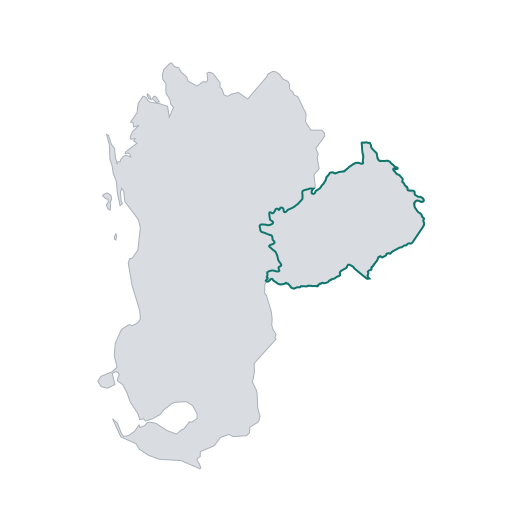 Venezuela, with Amazonas highlighted, rotated 262°
{"feature_id": "VEN-38", "entity_name": "Amazonas", "entity_type": "State", "adm_level": 1, "iso_a3": "VEN", "parent_name": "Venezuela", "parent_adm1": "", "projection": "albers", "projection_center": [-66.172, 3.421], "detail": "fine", "context": "in_parent", "style": "outline", "palette": "teal", "viewbox_px": 512, "rotation_deg": 262, "n_neighbors": 0, "source": "natural_earth", "source_scale": "10m", "svg_char_len": 9752}
<svg xmlns="http://www.w3.org/2000/svg" viewBox="0 0 512 512"><g transform="rotate(262 256 256)"><path d="M453.4,190.6L459.0,197.9L458.5,199.6L455.1,201.4L453.1,205.6L448.7,207.4L442.6,212.4L438.7,212.9L432.5,221.3L436.0,227.8L435.2,231.1L436.7,232.7L443.8,232.9L444.5,234.6L443.7,237.3L442.4,239.1L432.7,244.5L428.0,243.9L426.1,245.6L419.9,246.8L418.1,250.0L419.7,254.3L420.4,261.3L412.6,269.6L432.2,291.8L434.4,292.9L436.4,298.1L435.7,301.2L432.3,304.8L427.4,307.4L424.5,312.0L421.5,313.0L416.1,312.6L413.5,315.2L410.2,316.1L407.9,319.6L389.9,325.4L382.1,323.7L373.0,327.9L371.5,338.4L368.7,340.8L365.3,340.8L354.2,330.2L348.5,331.8L344.7,330.3L333.6,330.7L328.4,324.7L316.8,324.4L312.4,320.3L310.4,320.3L309.5,321.6L314.0,328.3L327.6,341.1L327.7,352.6L334.0,368.8L332.9,373.9L336.6,375.4L352.8,376.6L352.6,382.3L350.5,384.9L347.3,385.4L339.0,389.8L334.1,391.2L330.9,400.6L328.2,403.3L325.2,405.6L319.7,405.7L312.3,411.7L309.7,411.6L303.4,414.6L293.3,423.4L289.9,428.7L287.4,428.8L288.3,424.1L287.0,421.6L284.7,420.3L282.4,420.1L279.6,421.3L272.1,425.9L264.8,426.9L260.9,424.8L247.4,412.6L247.2,408.6L244.0,398.8L237.2,380.8L237.3,377.3L226.6,368.3L225.0,365.1L220.6,363.9L217.8,365.1L218.5,362.1L233.1,349.1L234.3,346.3L228.7,338.0L225.6,335.6L223.8,332.7L220.1,322.6L219.2,314.8L218.0,313.3L219.6,294.3L218.9,290.2L220.0,287.0L222.9,284.8L224.5,281.5L224.8,276.9L226.5,273.2L229.5,270.2L230.6,267.4L229.3,262.7L226.7,260.8L218.0,259.4L215.6,260.8L199.5,263.3L191.6,263.3L185.5,262.0L180.9,262.5L175.6,265.0L172.9,263.5L170.8,264.2L149.8,239.1L142.0,238.5L131.5,234.9L123.2,237.7L119.7,238.0L104.9,236.5L96.8,237.7L93.3,236.4L91.0,234.5L87.4,226.2L81.7,224.8L79.4,221.5L80.3,208.2L83.0,204.5L82.0,198.5L81.3,195.6L73.9,188.2L70.0,173.7L65.1,172.8L63.7,169.7L62.2,169.1L58.1,171.0L53.8,171.8L53.0,171.0L63.9,153.1L68.1,132.1L73.6,121.8L80.9,113.5L86.9,111.0L95.6,97.0L114.8,91.3L109.7,95.5L98.3,98.2L95.7,99.9L95.9,104.6L99.2,111.3L105.0,116.6L102.3,117.2L103.5,122.0L106.2,125.3L106.3,127.3L104.2,133.7L95.4,143.8L90.7,152.5L94.2,157.8L94.7,160.4L101.1,167.0L100.5,169.6L103.3,175.0L107.8,175.7L116.7,172.4L121.4,166.8L122.4,156.0L121.6,152.2L116.2,142.8L112.5,139.2L109.3,131.1L107.9,123.7L110.4,122.0L110.1,118.2L116.3,117.1L129.6,110.9L137.8,109.4L147.2,106.1L151.3,101.7L152.7,101.4L157.6,104.0L160.0,103.1L161.0,101.1L159.7,97.2L148.4,98.5L145.7,90.7L148.2,84.4L154.2,82.0L158.4,85.7L161.3,97.1L165.2,102.9L177.1,101.8L189.2,104.5L202.1,112.6L205.8,121.0L204.3,123.2L205.1,126.8L207.0,130.4L209.8,132.7L217.8,133.3L244.2,129.2L266.5,128.5L270.7,130.3L271.2,133.3L278.3,139.8L300.0,145.4L308.3,144.6L328.1,133.7L338.8,134.0L341.8,132.3L337.9,130.7L329.0,130.1L326.4,131.2L324.8,128.4L337.5,127.5L348.8,128.1L358.0,126.1L365.3,126.1L372.6,124.8L386.4,126.3L397.2,125.0L396.0,126.8L386.7,128.3L382.3,130.9L372.9,130.4L366.3,131.4L368.4,132.1L368.4,134.8L370.3,135.4L373.1,138.6L373.9,141.4L371.5,145.7L374.2,145.2L375.7,143.8L375.7,140.8L377.2,141.3L384.2,153.8L387.1,150.8L389.2,152.6L389.1,147.9L391.4,148.0L396.5,151.2L401.7,158.3L400.8,152.8L405.0,152.7L406.1,150.4L414.5,158.2L423.4,160.5L430.0,166.3L428.6,169.2L424.7,170.7L423.1,172.6L420.2,181.9L416.5,189.3L405.4,189.4L414.8,195.0L418.1,192.7L422.9,192.5L429.9,189.5L439.5,190.8L443.7,188.3L448.9,188.6L453.4,190.6ZM338.2,113.5L339.2,117.4L336.2,120.8L332.1,120.9L328.9,118.7L327.2,119.2L321.7,118.0L323.3,115.9L327.3,114.9L330.4,117.3L332.9,117.4L333.5,115.4L336.9,112.4L338.2,113.5ZM428.0,178.7L422.1,181.8L421.8,178.8L426.4,175.1L428.4,177.3L428.0,178.7ZM297.4,120.3L295.8,121.0L291.4,119.4L292.3,118.3L294.7,118.3L297.4,120.3ZM429.2,173.0L425.6,174.0L426.6,171.8L430.4,170.6L431.7,171.0L429.2,173.0Z" fill="#d9dde1" stroke="#a8b0b8" stroke-width="1"/><path d="M314.7,322.3L314.3,321.7L313.1,320.6L311.7,319.9L310.3,320.0L309.9,320.4L309.7,321.0L309.6,321.6L309.7,322.2L310.0,322.9L310.6,323.3L311.8,323.9L312.3,324.4L312.9,326.1L314.2,328.7L314.8,329.4L316.2,330.5L316.9,331.2L318.2,333.0L321.1,335.3L322.3,336.0L323.8,336.5L324.5,336.9L326.2,339.1L327.5,340.2L328.1,340.8L328.3,341.6L328.3,343.3L328.1,343.8L327.2,344.9L326.9,345.4L326.8,346.2L327.6,350.0L327.7,351.2L327.5,353.8L327.5,355.1L328.1,356.1L329.0,357.3L330.1,359.2L331.1,360.4L333.4,364.9L333.9,366.6L334.4,367.5L334.2,368.5L334.1,370.2L333.9,370.8L332.8,372.9L332.6,373.6L332.6,374.3L332.9,374.8L333.3,375.1L334.0,374.9L335.8,375.1L339.4,376.1L341.4,376.1L343.3,375.8L347.2,375.9L349.1,376.2L352.9,376.3L353.5,376.5L353.6,376.9L353.3,378.0L353.3,378.5L353.3,380.5L353.3,381.0L352.4,382.8L352.3,383.3L352.4,383.9L352.1,384.5L351.2,384.9L349.1,385.3L348.0,385.2L347.6,385.2L345.9,386.0L341.5,389.5L340.9,389.8L340.3,389.9L336.7,389.9L335.6,390.0L334.5,390.4L333.2,391.3L332.7,392.3L332.5,394.9L332.1,396.8L332.2,398.6L331.9,399.8L331.6,400.5L331.1,401.2L330.5,401.9L329.0,402.7L327.4,404.3L325.3,405.8L324.7,406.5L324.1,407.7L323.7,408.3L323.2,408.5L322.6,408.2L322.5,407.5L322.6,406.7L322.7,406.2L323.4,404.9L323.4,404.3L322.7,403.9L322.0,404.0L321.3,404.4L320.0,405.4L318.4,406.2L317.7,406.7L317.1,407.4L316.5,408.8L316.1,409.3L312.3,411.9L311.7,412.0L311.1,411.9L309.6,411.2L309.0,411.2L307.3,412.7L305.5,413.1L305.2,413.3L304.2,414.2L303.6,414.4L303.5,415.1L302.4,415.4L301.1,415.3L300.0,415.5L299.3,417.0L299.1,419.5L298.8,420.7L298.0,421.7L297.4,422.0L296.8,422.0L295.6,421.8L294.8,421.8L294.3,422.1L292.4,424.4L292.1,424.9L291.8,425.7L291.8,426.8L291.7,427.2L291.1,427.8L290.5,428.8L289.9,429.3L289.1,429.7L288.5,429.9L287.8,430.0L287.2,429.8L286.8,429.4L286.5,428.7L286.4,427.3L287.1,426.1L288.0,424.9L288.5,423.5L288.5,422.8L288.3,422.2L288.0,421.6L287.2,420.7L286.5,420.1L286.1,419.9L285.8,419.8L285.1,419.9L283.0,419.9L282.4,419.9L281.6,420.2L280.4,420.9L277.8,422.1L277.2,422.5L276.5,423.2L275.4,424.6L274.7,425.2L274.1,425.6L273.5,425.8L272.2,425.8L271.5,426.1L270.6,427.2L269.9,427.5L269.2,427.5L268.2,426.8L267.6,426.6L267.0,426.6L265.3,427.1L263.4,426.7L261.6,425.4L247.5,412.7L246.8,411.4L246.7,410.7L247.2,409.5L247.2,408.8L247.0,408.1L246.7,407.5L245.7,406.5L245.6,406.1L245.8,404.9L245.7,404.2L244.5,401.8L244.3,401.3L244.3,399.9L244.3,399.2L241.7,392.3L241.1,391.3L241.1,391.0L240.9,390.8L240.4,390.4L239.7,389.4L239.6,389.0L240.2,388.2L240.3,387.7L240.2,386.0L240.0,385.5L238.6,384.9L238.3,384.5L237.8,383.2L237.6,382.2L237.1,381.1L237.1,380.5L238.1,379.6L238.5,379.0L238.1,378.1L238.1,377.5L238.0,377.2L237.7,377.0L236.7,376.4L235.7,376.0L234.5,375.0L233.9,374.8L233.4,373.7L232.2,372.9L231.6,371.9L231.1,371.7L230.6,371.1L230.4,370.7L229.5,370.2L229.1,369.1L228.6,368.7L228.0,368.5L226.7,368.5L226.3,368.2L226.2,367.6L226.0,366.2L225.8,365.6L225.3,365.0L224.8,364.5L223.6,364.9L222.9,364.7L221.6,364.1L221.3,363.7L221.0,363.6L220.5,363.9L219.5,363.9L218.9,364.1L218.3,364.9L217.9,365.2L217.9,363.1L218.4,362.3L230.1,351.5L230.4,351.3L231.4,351.1L231.8,350.8L233.6,348.5L234.4,347.3L234.5,346.0L233.5,345.0L232.4,344.5L232.0,344.2L231.5,343.6L229.5,338.3L228.7,337.2L227.5,336.6L225.8,336.8L225.2,336.5L224.7,335.8L224.5,335.1L224.3,333.6L224.0,332.9L222.8,330.8L222.7,330.1L222.6,328.2L222.3,327.5L222.1,327.4L222.2,326.9L222.0,326.3L221.7,326.0L221.4,325.0L220.3,323.9L220.0,323.4L219.5,320.5L219.6,319.3L220.2,318.4L220.3,318.0L220.2,317.6L219.7,316.9L219.6,316.5L219.9,315.9L219.9,315.6L219.7,315.4L219.2,315.2L219.0,314.1L218.8,313.7L218.2,313.3L218.2,313.5L217.9,313.3L217.5,312.8L217.4,312.5L217.4,312.1L218.0,311.5L218.0,310.2L218.2,309.4L218.3,307.7L218.4,307.1L219.0,306.1L219.0,304.8L219.3,304.2L219.1,303.9L219.2,303.5L219.3,303.2L218.8,302.2L218.9,301.5L219.1,300.4L219.5,299.2L219.5,297.3L219.8,296.8L219.9,296.4L219.0,295.3L218.9,294.7L218.9,294.1L219.3,292.7L219.1,291.5L218.7,290.5L218.4,289.4L218.7,288.1L219.4,286.9L220.5,286.0L221.1,286.0L221.8,285.3L222.6,285.0L223.5,284.2L223.8,284.0L224.1,283.9L224.3,283.7L224.6,282.6L225.2,282.0L225.3,281.6L224.6,280.9L224.3,278.5L224.3,277.1L224.5,275.8L225.0,274.6L225.7,273.5L227.5,271.9L227.8,271.4L229.2,269.8L230.7,269.1L231.1,268.8L231.2,268.3L231.1,267.6L230.9,267.0L230.1,266.4L229.0,264.7L229.0,263.5L229.2,263.1L230.1,262.3L231.0,263.0L231.3,263.3L231.7,264.2L232.2,264.5L232.5,264.5L232.9,264.4L233.6,263.8L233.8,263.7L234.2,263.9L234.9,264.5L235.5,264.7L236.4,264.8L237.7,264.7L238.3,264.9L238.8,265.9L239.3,267.8L239.4,268.9L239.4,270.1L239.3,270.8L237.7,274.7L237.6,275.8L237.7,276.5L237.9,276.9L238.6,277.1L240.3,276.7L241.0,276.6L241.5,276.8L241.8,277.0L242.1,277.4L242.5,278.7L242.7,279.3L243.1,279.6L243.8,279.7L244.6,279.5L245.2,279.3L247.3,278.1L249.3,277.4L253.0,277.2L254.8,276.7L255.8,276.5L257.3,275.9L257.8,275.6L259.9,273.5L263.6,270.4L264.1,270.5L264.3,270.7L264.9,271.5L265.6,274.8L266.3,276.0L266.6,276.2L267.1,276.3L268.0,276.0L268.5,275.7L269.7,274.8L270.2,274.7L272.7,274.8L273.1,274.7L274.1,274.3L274.5,273.9L274.8,273.3L274.9,272.6L278.1,267.0L278.6,265.8L279.1,264.8L280.4,264.0L281.1,263.9L283.1,263.9L284.9,263.7L285.5,263.9L286.2,264.5L286.4,265.0L286.5,265.7L286.3,267.2L286.0,268.4L285.7,269.9L285.1,271.0L284.8,272.6L284.8,274.5L285.7,276.8L285.9,277.1L286.5,277.5L287.4,277.5L287.8,277.3L288.8,276.3L289.7,275.2L290.1,275.0L290.8,274.9L296.0,275.0L296.9,275.2L297.2,275.4L297.3,275.9L297.2,276.6L296.1,277.9L296.0,278.4L296.4,279.4L296.7,279.8L297.1,280.2L299.7,282.1L299.9,282.5L300.0,283.2L299.7,284.1L299.5,284.3L298.6,284.8L298.5,285.3L298.7,285.6L300.4,286.9L300.5,287.3L300.5,287.6L300.0,288.8L299.6,289.3L299.2,289.5L298.4,289.7L296.4,289.7L295.7,290.0L295.3,290.9L295.5,291.5L296.1,292.6L297.0,293.5L297.3,294.0L298.5,298.4L299.6,301.0L300.6,302.6L301.5,304.4L305.8,309.7L306.1,309.9L309.2,310.5L311.9,310.6L313.0,310.8L313.7,311.2L314.0,311.7L314.3,312.2L314.6,313.6L315.0,317.6L315.3,318.6L315.2,319.9L314.8,321.8L314.7,322.3Z" fill="none" stroke="#0f766e" stroke-width="2"/></g></svg>